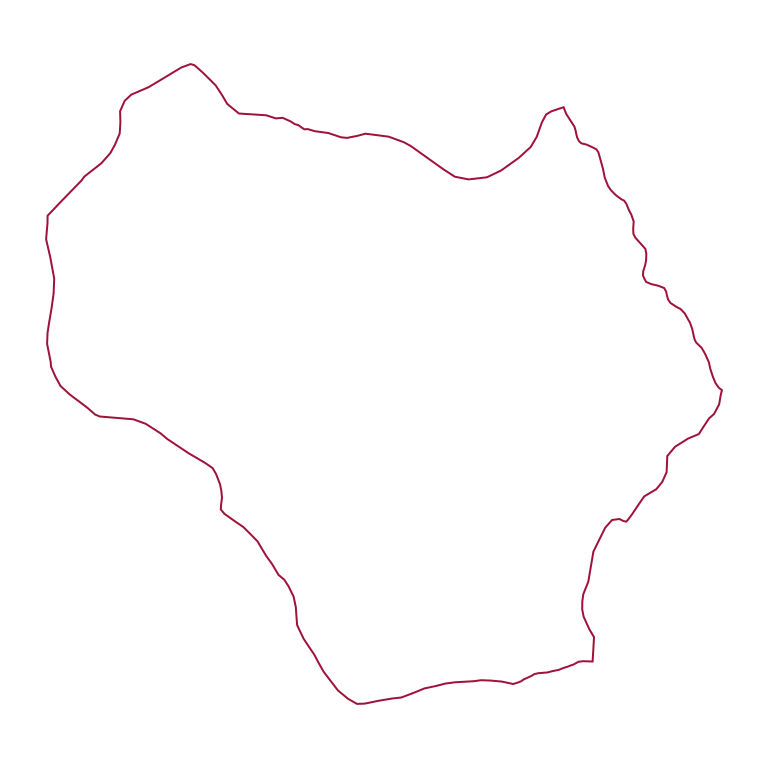 outline of Chaskhar, Mongar, Bhutan
{"feature_id": "84629894B11723980305793", "entity_name": "Chaskhar", "entity_type": "district", "adm_level": 2, "iso_a3": "BTN", "parent_name": "Bhutan", "parent_adm1": "Mongar", "projection": "natural_earth1", "projection_center": [91.37, 27.254], "detail": "fine", "context": "isolated", "style": "outline", "palette": "rose", "viewbox_px": 768, "rotation_deg": 0, "n_neighbors": 0, "source": "geoboundaries", "source_scale": "gbopen_adm2", "svg_char_len": 2964}
<svg xmlns="http://www.w3.org/2000/svg" viewBox="0 0 768 768"><path d="M563.6,107.2L551.4,111.3L546.1,114.5L541.9,122.4L536.7,136.9L530.7,147.0L518.6,158.0L501.1,170.5L486.9,177.3L474.8,178.7L468.6,179.4L454.8,176.7L442.8,168.9L428.4,158.6L410.9,146.1L404.0,142.3L388.8,136.7L377.3,135.2L365.4,133.7L357.2,135.9L347.0,137.9L341.1,137.3L328.2,133.0L314.9,131.2L307.8,129.1L304.3,129.3L298.1,125.0L294.9,124.2L290.6,121.4L282.6,117.8L275.9,118.4L266.2,115.3L257.7,114.7L245.9,114.0L238.9,113.5L227.2,103.9L222.0,95.0L215.6,85.3L202.7,72.5L194.3,65.1L190.5,64.1L181.3,67.5L148.7,87.1L131.3,94.6L124.7,100.8L120.1,111.2L120.4,122.4L119.7,133.5L115.0,144.6L110.4,153.0L101.3,163.3L84.3,176.6L81.5,180.5L60.4,202.2L47.6,215.7L47.5,223.1L46.1,239.2L50.3,257.4L54.2,278.6L53.9,286.6L53.6,293.6L51.6,308.0L48.9,323.9L47.5,333.3L47.1,343.9L50.6,361.5L51.1,366.8L55.4,376.6L60.5,386.0L69.9,394.6L73.6,397.4L86.8,407.3L95.2,414.6L99.8,416.5L133.4,419.3L145.7,423.8L160.5,433.3L167.4,439.1L188.7,453.3L205.4,463.1L212.7,468.2L216.0,473.9L220.1,484.4L221.4,491.2L222.0,497.7L221.1,504.4L220.8,509.5L224.5,513.9L236.5,522.4L243.4,527.1L251.5,535.2L257.5,541.3L266.0,555.6L272.3,564.4L278.5,574.9L284.2,579.6L288.6,586.4L293.6,596.6L295.8,607.1L296.7,619.6L297.1,625.0L299.6,630.4L303.7,638.9L309.6,647.7L314.6,655.2L318.1,661.9L323.4,671.4L329.1,678.9L337.9,690.4L348.2,698.9L357.0,703.9L364.9,703.6L378.0,700.9L392.2,698.5L401.3,697.5L414.8,692.4L424.5,688.4L435.8,686.0L445.2,683.6L454.9,682.3L473.8,681.2L481.3,680.2L491.3,680.6L502.0,681.6L513.2,684.0L517.5,682.7L521.0,681.3L524.1,679.2L527.4,677.8L531.6,675.8L534.3,674.1L538.3,673.2L541.1,673.0L544.0,672.7L547.3,672.5L552.1,671.2L555.1,670.6L559.1,669.8L561.8,668.6L564.3,667.7L567.6,666.7L571.1,665.3L573.4,664.6L578.4,661.8L583.1,661.2L592.6,661.5L593.4,648.5L594.0,637.1L589.3,629.2L583.6,616.6L582.2,609.3L582.3,601.5L583.3,594.2L588.3,581.7L593.4,551.6L605.2,527.7L612.1,520.0L619.3,519.0L623.7,521.1L626.3,521.6L628.0,519.7L632.1,514.2L637.8,505.7L644.2,496.4L656.3,489.2L662.2,482.0L666.6,472.2L667.3,456.0L675.1,446.7L688.2,438.5L698.9,434.0L703.4,426.9L709.0,418.5L714.0,414.0L719.1,404.5L720.6,395.6L721.9,390.2L718.7,387.6L715.5,383.1L712.9,376.8L710.3,368.9L708.9,362.3L705.9,355.6L704.2,352.2L701.5,347.7L696.2,342.6L694.6,339.4L693.9,336.6L692.2,328.9L690.0,322.7L687.9,319.1L684.7,313.3L680.5,309.0L676.3,306.8L670.5,303.0L668.0,299.3L666.8,294.8L666.2,291.7L664.1,288.0L658.2,285.7L651.3,284.1L646.1,281.9L644.4,278.7L643.0,275.5L643.2,271.3L645.0,265.8L646.1,260.4L646.3,253.9L645.4,248.9L641.8,244.9L635.3,237.6L633.4,233.9L633.2,228.7L633.7,221.5L631.3,214.6L629.2,210.7L626.3,203.7L624.2,200.7L621.1,199.1L616.0,195.3L611.0,190.3L608.1,186.1L604.7,177.5L603.0,168.8L600.8,160.9L599.8,157.4L598.4,152.4L596.5,149.4L591.9,147.0L586.6,144.6L581.3,143.3L579.1,141.3L577.2,137.6L576.3,134.1L575.6,130.6L574.4,126.6L569.4,118.9L566.1,113.7L563.6,107.2Z" fill="none" stroke="#9f1239" stroke-width="2"/></svg>